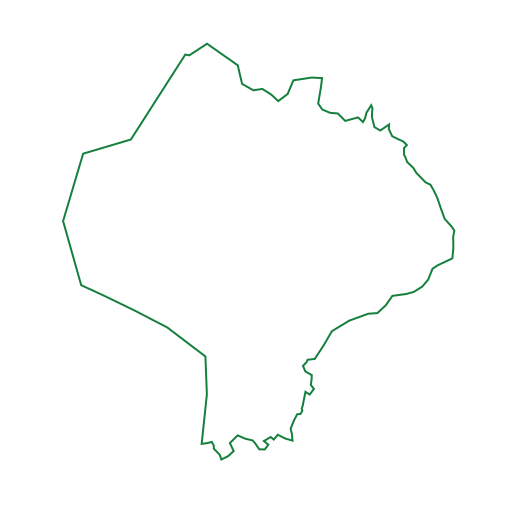 the district of Lemithou, Limassol, Cyprus, rotated 276°
{"feature_id": "46923920B6112352960070", "entity_name": "Lemithou", "entity_type": "district", "adm_level": 2, "iso_a3": "CYP", "parent_name": "Cyprus", "parent_adm1": "Limassol", "projection": "robinson", "projection_center": [32.805, 34.949], "detail": "fine", "context": "isolated", "style": "outline", "palette": "green", "viewbox_px": 512, "rotation_deg": 276, "n_neighbors": 0, "source": "geoboundaries", "source_scale": "gbopen_adm2", "svg_char_len": 1636}
<svg xmlns="http://www.w3.org/2000/svg" viewBox="0 0 512 512"><g transform="rotate(276 256 256)"><path d="M201.9,105.3L201.7,106.0L193.4,129.0L188.7,142.0L180.8,162.0L176.1,174.1L175.8,175.0L150.8,216.2L113.2,221.6L94.5,221.6L63.5,221.6L64.8,227.1L66.5,231.4L63.0,233.9L60.1,234.1L54.5,240.7L50.0,242.8L54.1,249.3L59.7,254.2L67.2,249.6L75.7,256.5L73.2,264.3L72.2,272.0L70.2,274.2L64.1,279.5L64.5,284.9L69.6,288.0L72.8,283.2L77.5,289.5L75.3,292.9L80.5,296.3L77.5,304.3L76.2,311.6L82.5,310.4L87.8,308.5L96.0,310.8L102.9,313.5L103.6,316.8L107.1,318.3L108.9,317.4L112.5,318.2L114.5,318.3L126.1,319.4L123.8,323.9L129.9,327.5L133.5,324.0L139.3,324.2L143.4,323.9L146.3,317.2L151.6,314.2L155.7,317.4L158.2,318.2L159.8,325.2L174.4,332.7L189.2,339.4L201.4,355.4L210.3,373.6L211.9,382.7L220.7,390.3L230.6,395.8L233.9,409.3L236.7,416.5L242.9,424.5L250.5,429.7L261.8,432.9L265.7,437.6L274.2,451.5L283.7,451.5L296.0,450.1L301.9,450.6L305.5,447.7L312.6,439.8L322.6,434.9L333.0,430.1L339.3,426.2L345.1,422.1L347.0,416.9L355.4,406.8L360.0,403.3L365.2,396.6L371.0,393.6L371.9,392.7L378.8,391.9L382.1,394.4L385.3,390.5L387.1,384.9L389.4,378.9L396.1,374.8L400.7,374.6L393.8,366.5L396.6,360.3L406.4,356.7L415.3,356.3L416.6,355.6L418.0,354.8L410.1,350.9L404.5,350.1L400.4,348.4L404.5,343.0L399.7,330.6L406.3,322.5L406.1,314.9L408.6,306.6L414.1,301.9L430.0,302.9L437.9,303.1L439.8,303.1L439.3,292.8L434.6,274.8L420.5,270.6L412.4,261.9L418.2,254.2L422.8,244.8L420.5,236.1L425.7,224.2L435.9,220.6L443.7,218.0L462.0,185.1L448.6,168.7L448.9,164.6L358.8,119.4L339.7,73.4L270.6,60.5L208.7,85.2L201.9,105.3Z" fill="none" stroke="#15803d" stroke-width="2"/></g></svg>